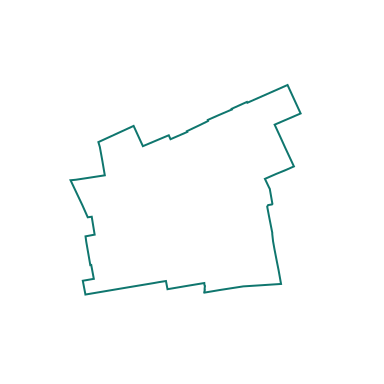 outline of Mercedes, Buenos Aires, Argentina, rotated 112°
{"feature_id": "61730980B17018817153702", "entity_name": "Mercedes", "entity_type": "district", "adm_level": 2, "iso_a3": "ARG", "parent_name": "Argentina", "parent_adm1": "Buenos Aires", "projection": "natural_earth1", "projection_center": [-59.369, -34.7], "detail": "fine", "context": "isolated", "style": "outline", "palette": "teal", "viewbox_px": 384, "rotation_deg": 112, "n_neighbors": 0, "source": "geoboundaries", "source_scale": "gbopen_adm2", "svg_char_len": 1559}
<svg xmlns="http://www.w3.org/2000/svg" viewBox="0 0 384 384"><g transform="rotate(112 192 192)"><path d="M327.0,252.4L315.8,234.2L304.0,215.0L290.8,193.4L287.9,188.8L284.3,182.8L291.3,178.3L281.5,162.4L271.8,146.5L272.0,146.4L272.3,146.3L272.4,146.2L272.6,146.1L272.8,146.1L273.0,145.9L273.3,145.7L273.6,145.5L273.7,145.4L273.9,145.3L273.9,145.2L274.0,145.1L274.1,144.9L274.4,144.7L274.5,144.7L274.8,144.7L275.0,144.6L275.3,144.5L275.6,144.5L275.8,144.4L276.0,144.3L276.4,144.2L276.6,144.2L276.9,144.1L277.0,144.0L277.3,143.9L277.5,143.9L277.7,143.7L277.8,143.5L278.1,143.4L278.3,143.4L278.6,143.4L278.8,143.3L279.0,143.3L279.3,143.3L279.5,143.1L279.8,143.0L280.0,143.1L280.4,143.1L280.5,143.1L280.7,142.9L272.4,129.4L260.3,109.1L253.5,94.9L243.9,75.0L232.1,82.4L224.8,87.2L214.0,94.2L207.3,98.4L200.8,101.9L199.9,102.2L185.8,111.4L177.4,116.8L175.6,116.5L173.6,113.2L172.9,113.0L159.9,121.1L159.0,122.2L152.5,129.3L143.8,120.8L136.0,112.8L130.1,107.1L122.8,114.9L116.1,122.1L112.0,126.4L108.1,130.5L98.6,140.6L78.5,120.7L57.0,143.5L88.5,174.1L87.9,174.8L100.0,186.4L100.5,185.9L111.3,196.6L119.2,204.3L119.3,204.2L119.6,204.1L119.8,204.1L120.0,203.8L120.1,203.7L120.3,203.8L120.6,204.1L127.2,210.0L137.5,219.5L138.1,218.9L138.2,219.0L151.1,231.7L148.1,234.8L167.9,254.7L152.6,270.9L180.8,297.5L184.8,294.3L197.0,286.6L209.2,279.1L218.9,295.4L224.1,304.2L226.6,309.0L245.3,288.7L254.5,279.2L252.5,275.7L268.0,266.3L273.0,274.1L277.6,271.5L297.9,258.9L297.4,258.1L309.3,250.5L315.2,260.0L327.0,252.4Z" fill="none" stroke="#0f766e" stroke-width="2"/></g></svg>